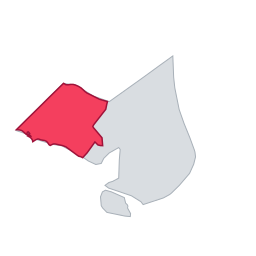 where Al Ahmadi sits in Kuwait, rotated 136°
{"feature_id": "KWT-1665", "entity_name": "Al Ahmadi", "entity_type": "Province", "adm_level": 1, "iso_a3": "KWT", "parent_name": "Kuwait", "parent_adm1": "", "projection": "orthographic", "projection_center": [48.089, 28.9], "detail": "fine", "context": "in_parent", "style": "filled", "palette": "rose", "viewbox_px": 256, "rotation_deg": 136, "n_neighbors": 0, "source": "natural_earth", "source_scale": "10m", "svg_char_len": 1857}
<svg xmlns="http://www.w3.org/2000/svg" viewBox="0 0 256 256"><g transform="rotate(136 128 128)"><path d="M210.3,204.0L195.2,204.3L176.3,204.6L160.9,204.8L143.6,205.0L136.0,195.6L133.4,185.4L130.7,174.9L123.2,160.0L97.9,156.2L84.5,154.2L62.3,151.1L45.7,148.7L59.9,132.8L66.5,124.3L78.4,105.7L84.5,92.4L90.4,77.7L95.5,66.2L96.6,64.1L99.5,60.3L105.9,56.3L115.2,52.6L130.8,51.1L141.8,51.0L144.2,51.2L151.1,53.1L170.3,62.4L169.9,66.0L172.6,76.8L178.7,88.7L183.7,98.3L184.4,102.7L179.7,102.1L176.2,100.3L169.5,98.4L156.4,111.1L148.5,118.0L148.3,120.4L158.8,123.1L166.5,123.0L171.9,121.1L176.5,124.1L179.5,132.0L180.7,138.3L187.9,161.1L193.8,168.8L201.3,182.4L204.1,189.4L205.7,195.3L210.3,204.0ZM195.6,97.6L190.8,99.8L187.4,98.9L184.3,93.6L179.0,80.5L181.9,75.6L181.8,73.4L182.3,71.9L183.9,70.8L185.6,64.6L187.9,62.7L191.5,66.9L201.8,82.0L201.8,88.2L201.2,90.7L195.6,97.6Z" fill="#d9dde1" stroke="#a8b0b8" stroke-width="1"/><path d="M143.3,204.9L142.6,202.3L141.0,200.6L139.0,199.2L137.2,197.5L135.9,195.3L134.7,192.4L133.9,189.4L133.6,184.0L133.2,181.6L128.5,168.4L124.4,161.3L126.8,159.8L131.0,156.9L150.2,154.2L152.2,153.6L152.6,152.3L153.5,139.0L158.5,132.9L160.1,134.6L161.4,136.7L161.5,140.9L175.0,138.5L180.4,138.2L181.2,138.1L181.9,140.1L183.1,142.0L183.5,144.0L185.7,157.4L187.2,160.7L191.5,167.1L192.8,168.4L196.1,169.5L196.4,170.9L196.0,172.9L195.9,174.9L196.6,176.8L199.0,180.1L199.5,181.3L200.4,182.7L202.4,183.6L206.0,184.3L205.1,185.8L204.8,187.6L204.9,189.4L205.4,191.0L204.1,190.1L203.6,189.7L203.5,190.5L203.6,191.0L204.0,191.4L204.8,191.8L204.2,192.6L203.8,192.8L203.4,192.7L203.1,192.4L202.5,192.4L202.4,194.4L203.2,194.9L204.4,194.3L205.4,193.1L205.6,194.1L206.0,198.9L206.3,200.1L207.0,201.4L208.4,203.2L209.4,204.3L194.1,204.5L178.7,204.6L163.3,204.8L147.9,204.9L143.3,204.9Z" fill="#f43f5e" stroke="#9f1239" stroke-width="1.5"/></g></svg>